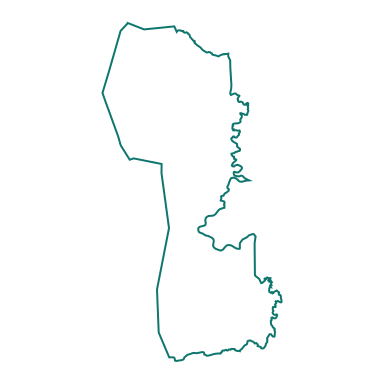 Namaacha, Maputo, Mozambique (Mercator projection)
{"feature_id": "85939544B88728478280907", "entity_name": "Namaacha", "entity_type": "district", "adm_level": 2, "iso_a3": "MOZ", "parent_name": "Mozambique", "parent_adm1": "Maputo", "projection": "mercator", "projection_center": [32.28, -26.074], "detail": "fine", "context": "isolated", "style": "outline", "palette": "teal", "viewbox_px": 384, "rotation_deg": 0, "n_neighbors": 0, "source": "geoboundaries", "source_scale": "gbopen_adm2", "svg_char_len": 6018}
<svg xmlns="http://www.w3.org/2000/svg" viewBox="0 0 384 384"><path d="M236.7,94.5L236.0,93.7L234.4,93.5L230.9,95.0L230.4,94.1L230.3,92.8L231.2,88.3L231.4,85.2L230.3,67.4L230.2,60.8L230.1,60.1L228.2,56.3L228.3,53.6L226.9,54.0L225.5,54.0L224.7,54.3L224.0,54.0L222.9,54.5L222.3,54.4L221.1,55.0L220.2,55.3L218.4,56.4L216.7,55.7L212.4,54.6L211.8,53.3L211.0,53.1L210.2,52.3L208.5,52.0L207.5,52.5L206.4,52.4L202.5,49.9L200.4,47.4L197.6,45.5L194.7,43.1L194.4,42.3L194.8,42.0L194.7,41.2L194.5,40.9L193.9,41.0L193.2,40.6L192.9,40.1L191.4,38.5L190.0,36.8L189.4,34.6L188.0,33.8L187.8,33.1L186.4,32.3L185.6,32.7L184.6,32.7L183.5,32.1L183.5,31.3L183.2,31.0L181.8,31.0L180.8,30.7L180.6,30.4L178.2,30.4L177.2,31.0L176.7,31.8L174.3,26.4L144.1,29.4L127.7,23.0L127.6,23.4L120.6,30.9L108.7,72.3L102.5,92.9L104.7,99.4L118.2,136.5L120.7,145.3L129.7,159.7L133.7,158.4L161.6,164.0L161.5,173.1L169.0,228.1L157.0,289.5L158.7,332.5L169.2,357.3L173.1,357.3L174.0,357.5L174.6,358.2L175.0,360.5L176.0,361.0L181.8,360.1L183.0,359.6L183.7,359.1L184.4,357.4L187.2,355.0L193.3,352.9L197.0,353.2L201.9,352.1L203.2,352.2L204.0,352.5L204.2,353.1L204.2,353.9L204.4,354.6L205.8,355.0L206.7,355.7L207.4,355.7L209.4,355.4L213.7,354.1L215.8,353.7L219.9,353.4L220.4,353.6L220.8,353.3L221.2,352.3L222.0,351.9L222.1,351.2L222.5,350.6L223.4,350.5L224.2,350.6L225.6,349.9L226.1,349.9L227.1,350.5L227.7,350.5L228.7,349.5L230.6,349.7L231.1,349.0L231.6,348.9L234.7,349.1L235.0,350.0L235.4,350.3L237.4,351.0L239.2,350.8L239.9,351.2L240.5,349.9L241.8,348.9L244.0,346.2L245.0,345.2L246.4,344.6L247.0,344.0L247.6,341.2L249.2,340.5L250.7,340.5L251.8,341.3L253.4,341.8L254.8,343.5L256.2,343.0L257.6,344.3L257.9,345.3L257.6,346.0L260.4,346.9L260.8,347.1L261.2,348.3L262.7,348.5L263.8,348.1L265.6,345.6L265.9,343.8L267.3,341.9L267.1,341.1L267.4,339.7L267.0,338.4L269.5,334.4L270.1,334.1L270.9,334.2L272.8,336.5L274.2,336.7L274.6,336.2L275.0,331.7L274.3,330.0L274.8,329.1L274.7,328.7L273.8,327.9L273.1,327.6L272.3,325.9L271.4,325.0L271.0,323.5L270.8,320.9L271.0,320.4L271.4,320.4L271.7,320.0L271.6,319.5L271.8,318.5L271.5,318.2L271.5,317.7L272.4,317.4L273.7,318.2L275.1,318.4L276.2,317.6L277.2,315.3L277.0,314.8L276.5,314.4L275.0,314.9L274.2,314.8L273.0,313.7L272.6,312.5L273.4,310.8L272.8,309.8L272.8,307.7L273.1,307.0L273.5,306.9L275.2,307.1L275.6,306.9L275.6,305.7L275.0,304.8L275.1,304.3L276.1,303.4L276.1,302.1L275.6,301.5L275.8,301.2L276.8,301.6L277.9,301.0L280.3,302.3L281.2,302.3L281.5,302.0L281.5,300.2L280.8,298.0L280.9,296.0L280.2,295.0L279.2,294.9L278.7,293.7L279.2,292.8L278.7,292.0L277.8,291.6L276.8,290.5L274.1,291.9L273.4,293.0L272.8,293.3L272.4,293.4L272.1,293.1L272.2,292.5L272.1,292.1L271.5,292.1L270.7,292.7L269.5,292.0L269.1,291.0L269.2,288.9L269.7,287.2L270.7,287.3L270.1,286.6L270.9,285.9L270.2,285.8L270.1,285.4L270.5,285.1L270.9,285.4L271.4,285.3L271.3,284.9L270.9,284.7L270.8,284.2L271.9,282.2L271.4,281.9L271.1,281.1L270.7,280.9L270.5,281.1L270.7,281.6L270.7,282.2L270.2,281.8L269.2,281.7L269.0,281.0L268.2,280.5L268.2,280.3L268.5,280.0L269.3,280.1L270.2,280.8L270.3,279.9L269.7,279.8L270.5,278.2L270.2,278.1L269.7,278.8L269.4,278.8L268.7,278.0L268.1,278.2L267.2,277.5L266.4,278.2L266.1,279.0L265.7,279.0L265.1,278.4L264.8,278.5L264.5,278.8L264.6,279.2L265.1,279.7L264.9,280.6L262.4,282.8L261.2,283.1L259.2,278.9L255.1,275.6L254.9,273.6L254.6,243.2L255.6,236.4L254.9,235.8L254.2,234.5L253.6,234.1L252.5,234.1L249.0,235.3L246.9,237.3L242.6,239.5L240.4,242.4L239.8,243.7L239.9,248.0L239.6,248.8L237.9,248.8L235.7,248.2L231.3,245.4L228.5,245.0L227.1,245.3L226.1,245.9L223.0,249.5L221.4,250.4L220.3,250.5L215.6,248.8L213.8,247.3L213.1,245.7L213.1,245.1L213.7,242.0L213.7,239.9L213.2,239.0L211.9,237.8L208.3,236.0L205.4,235.4L202.9,233.7L200.1,232.7L198.9,231.9L198.3,230.4L198.3,228.4L198.9,227.4L200.0,226.7L204.3,225.6L205.3,225.0L205.7,223.8L205.8,222.7L205.3,220.9L205.4,219.3L205.9,217.9L206.9,216.9L208.5,216.0L212.6,215.7L214.1,215.2L215.7,213.9L218.6,210.1L219.8,209.2L221.2,208.7L223.8,207.8L224.3,207.8L224.5,206.4L224.1,205.1L224.4,205.1L224.3,203.3L224.7,202.6L224.0,201.4L220.7,200.5L221.4,198.1L221.1,196.4L221.8,195.9L223.5,195.7L224.3,194.1L225.4,193.0L226.1,192.8L228.6,190.8L228.9,189.3L228.7,189.0L227.5,188.1L227.3,186.9L228.5,184.5L229.1,182.3L229.9,180.7L230.0,180.0L231.3,178.0L234.2,177.6L235.3,178.3L236.4,178.5L237.0,179.4L237.9,179.9L238.9,181.1L240.4,181.7L242.2,181.7L246.4,180.6L249.1,180.4L244.9,178.4L242.8,176.2L242.1,175.8L241.1,175.6L239.6,176.2L238.2,176.4L235.6,175.8L234.4,175.3L233.7,173.9L233.8,172.1L234.4,171.8L236.8,172.5L238.1,172.4L239.7,171.3L241.4,169.3L241.9,168.5L242.0,167.7L241.1,166.4L237.8,164.8L235.5,165.3L234.0,166.5L232.9,166.4L232.0,165.8L231.8,165.3L232.5,164.5L232.5,163.6L232.7,163.3L236.3,160.1L236.3,159.8L235.4,159.1L234.1,158.8L234.1,156.7L233.1,156.6L232.4,155.9L231.5,154.5L231.5,153.7L234.3,153.0L235.8,151.8L236.9,151.8L237.8,151.3L239.4,150.9L240.0,150.3L240.0,149.5L239.8,148.6L239.1,148.4L238.6,147.8L237.6,147.2L237.3,146.3L237.0,146.1L237.1,144.4L236.9,143.8L233.6,141.9L232.2,140.8L231.3,139.2L231.4,138.4L231.9,137.8L232.8,137.4L232.9,136.8L233.2,136.5L233.9,136.4L234.9,137.4L235.3,137.5L236.3,137.5L237.0,137.2L237.8,135.9L239.0,134.8L238.8,133.3L239.6,132.6L239.9,131.9L239.8,130.9L239.5,130.5L238.0,130.7L235.9,130.2L234.5,130.4L233.2,130.3L233.2,130.0L233.8,129.7L233.8,129.3L232.6,129.1L232.4,128.5L232.4,126.9L233.1,125.8L232.6,125.2L232.6,124.8L233.1,124.1L234.3,123.5L238.0,123.3L239.7,122.6L240.5,121.8L240.6,121.2L240.2,119.8L241.9,116.9L241.7,115.2L240.5,114.4L240.3,113.9L240.4,113.2L241.2,113.2L241.9,113.6L243.6,113.9L244.9,114.8L246.9,114.9L247.2,114.7L247.3,113.6L248.4,110.8L247.7,109.3L248.2,108.2L247.8,106.4L248.2,105.7L247.9,104.6L248.3,103.9L248.2,103.3L247.2,102.9L246.7,103.5L246.6,104.7L245.6,104.1L244.8,104.8L244.4,104.8L243.6,104.3L243.1,103.6L243.0,102.9L242.3,102.2L240.8,101.6L239.7,102.0L239.0,102.0L238.0,100.8L238.1,99.8L237.7,99.2L237.6,98.5L239.4,95.9L238.9,95.4L237.6,95.2L236.7,94.5Z" fill="none" stroke="#0f766e" stroke-width="2"/></svg>